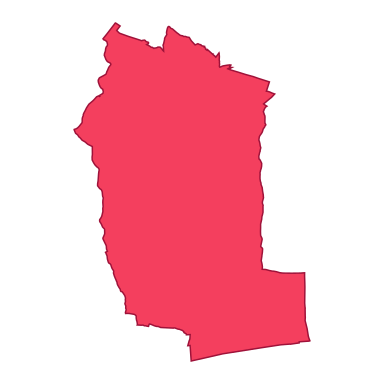 outline of Cernatesti, Buzau, Romania
{"feature_id": "2599482B98470436425498", "entity_name": "Cernatesti", "entity_type": "district", "adm_level": 2, "iso_a3": "ROU", "parent_name": "Romania", "parent_adm1": "Buzau", "projection": "equal_earth", "projection_center": [26.764, 45.296], "detail": "fine", "context": "isolated", "style": "filled", "palette": "rose", "viewbox_px": 384, "rotation_deg": 0, "n_neighbors": 0, "source": "geoboundaries", "source_scale": "gbopen_adm2", "svg_char_len": 5863}
<svg xmlns="http://www.w3.org/2000/svg" viewBox="0 0 384 384"><path d="M309.9,340.8L308.9,338.2L308.3,336.1L307.1,328.6L305.1,320.5L305.3,317.4L305.2,315.8L305.1,308.7L305.2,308.2L305.0,307.0L304.7,303.1L304.9,287.1L304.8,282.5L304.6,276.3L304.6,272.8L300.3,273.1L291.7,273.2L283.2,273.1L281.2,272.9L279.8,272.7L276.4,271.7L273.8,271.2L272.2,271.1L269.3,270.5L265.8,269.5L262.2,269.3L262.4,266.7L262.0,263.9L261.6,262.1L261.2,260.8L261.9,256.0L261.9,255.5L262.4,252.2L262.6,249.2L262.6,248.8L262.4,248.4L262.1,247.9L260.9,246.8L260.7,246.3L262.1,239.7L262.1,239.3L262.0,238.3L260.8,235.9L260.6,235.2L260.5,231.3L260.6,227.8L260.6,224.1L261.7,219.3L261.9,216.6L262.4,215.0L263.0,212.3L263.0,206.1L263.1,205.7L263.1,205.2L262.5,203.7L262.4,203.0L262.4,202.0L262.5,201.4L263.4,198.1L263.5,197.1L263.3,196.7L263.3,195.1L262.6,191.2L262.2,187.6L261.0,184.4L261.0,183.1L260.4,181.3L260.0,178.8L260.0,176.2L260.1,174.7L260.0,172.5L260.4,171.3L260.5,170.4L261.2,168.4L261.6,166.3L261.7,163.5L261.6,163.1L260.3,160.4L259.6,159.3L259.2,159.2L259.0,158.9L258.8,156.2L259.7,152.3L260.2,151.0L260.1,150.4L260.8,147.8L260.2,145.8L259.9,143.6L259.4,141.5L259.3,141.1L259.0,140.7L258.9,139.6L259.3,136.9L259.9,135.6L261.3,133.7L262.1,132.4L262.6,131.1L263.1,129.2L264.8,126.7L265.1,125.7L265.8,125.0L265.8,124.7L265.7,124.3L265.0,123.3L264.9,121.5L265.0,117.0L264.9,116.1L264.7,115.3L264.3,114.7L264.0,113.4L263.5,112.2L263.4,111.7L263.4,111.3L263.8,110.8L264.1,109.6L265.2,107.6L265.7,107.0L266.9,106.2L265.0,105.0L263.6,103.9L270.3,98.3L271.4,97.5L274.7,94.0L271.7,92.9L269.8,92.0L267.9,91.4L266.4,91.2L269.4,81.9L258.1,78.3L253.3,76.6L245.6,74.5L238.3,72.2L230.6,69.9L227.8,68.8L228.3,68.4L229.0,68.3L229.9,68.3L229.8,68.7L230.1,68.7L230.6,68.1L231.8,67.5L230.4,67.4L229.6,66.8L229.6,66.5L229.9,66.2L230.7,65.6L230.8,65.3L230.4,65.4L230.3,65.0L230.6,64.8L227.1,65.2L223.0,65.9L219.8,67.2L219.6,67.0L219.4,66.4L219.6,63.9L219.4,63.0L219.5,61.2L219.2,60.0L219.4,56.7L219.3,55.4L219.1,54.6L219.2,53.7L219.0,52.9L215.8,57.2L213.7,55.2L213.8,55.2L212.7,54.3L212.9,54.0L212.5,53.9L212.4,54.0L207.5,49.6L207.1,50.3L205.7,49.3L205.9,49.0L205.7,48.3L204.2,47.1L204.6,46.4L204.3,46.3L203.5,46.2L203.1,46.0L202.5,46.0L201.3,45.5L201.2,45.1L200.8,44.7L199.5,44.5L197.9,43.7L195.1,44.9L191.3,40.8L189.2,37.4L186.8,37.0L185.9,36.6L185.2,36.4L183.7,36.5L182.7,35.8L180.9,35.5L179.9,35.1L178.3,33.8L176.9,32.8L173.0,29.4L172.4,28.9L171.2,28.5L170.8,28.2L169.7,26.9L169.0,26.5L168.6,26.5L168.1,26.8L167.6,27.7L167.2,29.0L166.6,31.8L166.5,32.9L166.8,34.6L165.1,37.3L164.6,38.4L164.6,39.3L163.8,42.9L163.4,44.4L163.0,45.1L163.3,46.1L163.6,51.1L162.6,50.2L162.2,49.3L161.2,48.4L160.9,47.8L160.2,47.2L159.5,47.1L157.8,47.1L157.1,47.6L155.6,48.0L154.2,48.1L153.9,48.4L153.5,48.2L152.8,47.6L152.2,47.3L151.2,47.3L150.1,46.4L148.9,45.7L146.7,44.6L148.1,43.8L148.5,43.3L148.5,42.5L148.3,42.3L146.1,41.6L145.2,40.5L144.6,40.1L144.1,40.2L143.0,40.2L142.5,40.5L141.4,40.7L140.0,40.1L128.1,36.3L119.5,33.2L118.5,32.3L116.7,30.5L120.1,26.0L116.1,23.3L115.3,23.0L107.1,33.7L103.0,38.8L103.6,39.7L105.3,40.4L106.6,41.5L106.9,41.9L107.1,42.5L107.5,44.4L107.5,44.9L107.2,45.8L106.2,47.0L105.6,48.9L105.4,51.0L104.5,53.6L104.4,54.3L104.3,55.4L104.5,55.8L105.9,59.4L106.9,61.0L107.7,61.8L110.1,63.0L110.7,63.7L110.8,64.2L110.8,64.7L109.2,66.7L108.6,67.7L107.5,70.4L106.9,71.5L106.1,74.0L105.0,74.8L103.2,75.8L100.0,77.5L99.3,78.0L98.3,79.9L98.2,80.6L98.4,82.3L99.5,85.4L100.3,87.0L101.3,88.3L102.8,89.3L102.9,90.2L103.3,91.4L103.0,93.2L102.1,93.9L99.2,95.6L99.6,96.1L99.8,96.4L99.7,96.5L98.8,96.1L98.5,96.0L98.1,96.1L96.6,96.8L94.1,99.6L92.8,100.9L89.1,104.0L88.3,105.1L86.5,107.9L85.2,110.6L84.1,112.6L83.3,114.4L83.3,115.5L82.7,116.9L82.3,118.1L82.2,119.3L82.2,121.4L82.1,122.6L79.2,126.3L77.9,127.6L77.0,128.3L75.9,128.9L74.2,129.4L74.1,129.7L75.6,133.3L77.3,134.6L77.8,135.1L78.9,136.9L79.8,137.5L80.6,138.4L82.1,140.2L84.4,141.5L85.6,142.3L86.5,143.2L88.0,144.4L92.3,146.5L92.4,154.6L92.1,157.0L92.2,160.0L93.7,162.9L94.9,164.8L96.2,166.2L97.1,167.1L97.6,167.3L98.7,168.4L99.1,169.5L99.2,170.0L98.8,171.9L98.6,173.6L98.1,180.8L97.6,183.8L97.6,185.6L97.6,185.8L98.9,187.5L99.6,188.5L100.9,189.4L101.4,189.9L102.2,191.7L102.5,195.1L102.7,196.5L103.3,197.9L102.9,200.3L102.8,202.4L103.1,206.7L102.8,208.4L102.9,211.4L101.9,215.7L101.4,217.0L100.4,218.7L100.1,219.0L99.7,219.6L99.6,220.4L99.7,221.4L100.1,222.2L100.9,223.3L101.7,224.9L102.5,226.9L103.4,227.9L104.3,228.7L104.6,229.6L104.7,233.5L104.4,234.6L102.9,238.1L103.0,238.9L103.8,240.6L106.3,245.8L106.5,249.1L107.4,251.3L105.5,252.3L106.1,253.4L106.4,254.4L106.9,255.4L107.1,256.1L107.4,259.0L108.1,261.5L108.4,262.4L108.8,263.0L109.2,263.3L110.2,263.9L110.6,264.4L110.9,265.0L111.6,267.3L111.8,267.6L112.0,268.3L112.6,269.3L113.6,270.8L113.7,271.6L113.5,272.7L113.5,273.2L114.4,276.1L115.5,278.8L115.9,279.6L116.4,281.0L117.0,282.2L117.2,283.7L117.6,284.9L119.1,287.6L120.2,289.2L120.5,290.7L120.7,291.1L121.0,291.5L122.0,291.7L122.6,292.3L124.6,295.3L125.2,296.8L125.5,298.2L125.3,299.6L125.5,301.4L124.9,303.8L125.8,306.0L125.7,308.2L126.1,309.2L126.1,310.0L125.4,312.4L125.6,313.5L127.0,313.4L129.4,313.5L134.0,314.3L134.9,314.7L135.9,315.5L136.0,315.7L136.2,316.3L136.2,318.0L136.5,320.1L137.0,321.6L137.4,324.1L137.3,324.7L137.2,325.0L141.4,325.2L143.0,325.1L144.0,325.6L144.5,325.8L145.7,325.8L147.1,326.2L148.5,326.4L148.7,326.0L148.7,325.5L149.3,324.1L149.7,324.0L151.1,324.4L154.4,325.8L156.5,326.4L158.3,326.5L160.7,327.5L173.5,328.1L173.9,327.9L175.0,328.0L178.2,329.2L179.1,329.2L182.5,330.5L183.1,331.1L183.8,331.6L183.8,332.2L184.1,332.7L186.0,333.7L186.4,334.3L186.4,334.8L190.2,334.6L189.9,338.8L189.7,339.5L189.1,341.0L187.8,345.7L190.1,345.5L191.2,361.0L222.8,353.8L261.0,347.8L280.8,344.8L289.7,344.1L290.3,344.2L299.2,342.9L299.2,341.8L299.3,341.8L309.1,341.1L309.9,340.8Z" fill="#f43f5e" stroke="#9f1239" stroke-width="1.5"/></svg>